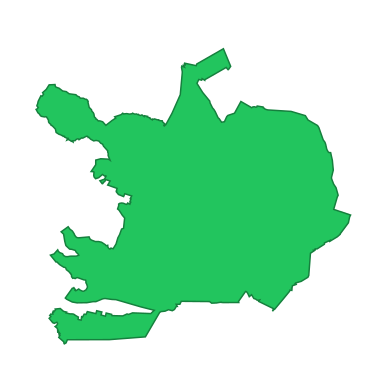 the district of Guadalupe Victoria, Puebla, Mexico, rotated 174°
{"feature_id": "50627088B92616914414309", "entity_name": "Guadalupe Victoria", "entity_type": "district", "adm_level": 2, "iso_a3": "MEX", "parent_name": "Mexico", "parent_adm1": "Puebla", "projection": "mercator", "projection_center": [-97.339, 19.307], "detail": "fine", "context": "isolated", "style": "filled", "palette": "green", "viewbox_px": 384, "rotation_deg": 174, "n_neighbors": 0, "source": "geoboundaries", "source_scale": "gbopen_adm2", "svg_char_len": 5991}
<svg xmlns="http://www.w3.org/2000/svg" viewBox="0 0 384 384"><g transform="rotate(174 192 192)"><path d="M339.7,61.3L335.2,56.4L335.1,54.6L334.8,54.3L333.0,55.1L331.4,58.1L289.5,53.8L253.5,52.8L236.7,75.7L235.2,76.3L231.3,76.3L227.7,77.4L224.0,76.0L221.7,77.0L219.5,79.9L218.6,79.8L219.5,82.0L215.8,81.6L214.1,84.4L186.0,81.2L184.1,79.4L179.3,79.1L174.7,79.4L174.7,79.2L172.8,78.8L157.0,77.2L157.1,78.4L149.1,87.5L148.2,87.1L147.2,85.4L146.0,81.9L143.5,83.6L141.6,79.6L139.8,78.8L138.7,77.7L137.5,77.4L136.0,77.6L137.1,76.2L123.2,67.5L124.4,65.0L122.5,67.0L122.1,66.7L112.8,75.7L105.3,83.1L104.9,84.2L103.0,83.7L102.6,85.4L103.1,86.0L102.4,86.6L101.9,88.3L98.0,89.2L98.2,89.7L99.6,89.4L98.5,90.7L92.8,91.7L85.6,95.1L84.6,96.8L80.6,118.7L76.8,120.7L77.2,121.3L76.0,121.2L76.0,121.9L75.4,121.9L75.3,122.6L73.6,122.3L65.8,126.2L65.6,127.5L58.6,129.9L61.0,128.1L52.1,132.3L49.0,134.5L49.0,134.9L39.7,145.0L37.8,150.8L36.7,152.5L52.9,159.9L48.1,171.7L47.0,173.5L48.3,181.2L50.3,185.0L51.8,190.7L51.7,192.1L49.2,199.0L49.1,208.8L50.0,216.7L51.6,216.9L52.4,217.7L53.5,220.4L54.1,225.6L54.6,227.6L56.1,230.2L59.1,242.8L60.2,245.0L69.1,251.5L71.3,256.1L85.0,261.8L108.1,265.7L110.6,266.7L111.3,267.7L112.3,268.2L112.4,269.1L118.2,270.7L118.7,269.8L119.8,269.7L120.7,270.2L122.5,270.3L123.8,269.6L133.9,276.9L141.5,265.9L148.3,264.4L149.6,263.3L152.4,258.5L155.3,258.3L157.2,261.9L158.3,263.1L160.5,269.5L161.6,271.8L162.8,273.5L164.7,278.6L164.9,280.6L171.0,289.9L175.7,299.5L173.5,303.2L170.7,302.2L170.1,303.7L167.6,301.7L167.4,302.4L145.0,312.3L143.4,309.9L143.0,309.9L140.4,312.9L145.8,331.2L173.9,318.8L174.6,317.2L185.9,320.9L186.1,320.4L185.3,319.5L185.5,319.0L187.3,319.0L186.5,317.0L189.0,318.3L189.4,317.0L189.1,312.5L189.3,311.2L193.5,290.0L203.7,272.3L211.0,261.7L212.7,260.6L213.1,261.2L211.9,262.5L213.9,264.7L214.1,265.9L216.4,266.3L217.6,266.8L217.6,267.3L218.9,267.4L221.6,268.6L222.5,268.3L223.4,268.7L223.9,267.9L226.2,269.6L226.0,270.0L228.7,271.4L228.4,271.9L231.3,272.8L231.7,272.0L233.7,273.9L235.3,273.5L236.7,274.1L237.1,274.8L237.9,274.7L239.0,275.4L240.8,275.4L242.9,276.6L243.5,276.1L246.1,276.0L248.7,276.8L252.0,276.8L252.6,277.6L254.5,276.3L261.0,274.9L260.1,273.5L264.0,271.5L270.7,267.3L273.5,271.2L276.3,272.4L277.8,272.5L279.1,274.2L279.8,274.4L279.9,275.3L281.2,276.9L281.4,279.8L281.9,281.2L283.1,282.8L283.4,284.4L285.4,286.9L286.1,292.5L285.8,292.9L286.4,294.3L287.4,295.3L288.2,295.3L290.2,296.6L293.3,297.0L294.4,298.6L295.9,299.2L297.3,300.9L303.9,302.5L306.6,305.0L310.1,306.0L313.3,309.1L316.3,310.5L316.9,311.5L317.0,313.2L322.9,313.5L326.2,309.3L330.2,306.4L329.4,304.8L331.1,302.9L332.2,303.5L335.5,298.3L336.4,295.6L337.2,294.3L337.2,293.7L336.1,292.1L337.8,290.5L338.4,290.4L336.9,286.8L335.7,285.6L334.8,283.8L333.9,283.0L331.0,282.1L329.3,282.1L328.7,281.6L327.3,278.6L327.3,276.6L326.7,275.4L325.3,273.9L325.2,273.1L324.0,272.4L321.3,268.9L320.9,265.4L318.0,263.1L317.1,262.9L315.6,261.8L314.7,261.6L314.4,260.8L313.0,260.7L312.9,259.9L310.3,258.3L309.6,258.4L309.2,257.3L309.7,257.6L310.6,257.4L311.0,256.7L309.6,257.2L307.2,255.6L306.8,255.0L306.2,255.1L305.1,254.2L305.2,255.4L302.9,255.3L301.8,256.3L300.4,256.8L299.3,256.6L298.9,255.8L296.2,257.3L295.0,257.0L291.4,258.4L290.4,258.4L289.8,258.0L289.6,257.0L288.7,257.0L287.4,255.2L285.0,253.5L284.4,253.1L282.0,253.3L279.4,252.5L277.6,250.0L275.9,248.9L275.2,246.8L271.5,241.7L271.7,240.7L271.3,239.1L271.6,237.0L270.2,232.2L271.4,233.2L272.9,233.6L279.3,234.6L284.4,233.8L284.9,229.2L290.2,222.9L287.7,222.4L287.4,222.0L288.0,218.8L287.8,217.2L286.5,215.3L283.3,216.0L279.2,218.8L276.7,216.6L276.2,217.1L275.8,216.8L277.7,213.9L282.4,212.8L280.5,209.7L280.0,209.6L278.5,211.2L277.7,211.5L276.4,213.3L272.3,211.5L275.1,207.7L266.1,203.4L267.2,200.9L266.8,200.7L267.2,200.0L265.4,197.2L260.5,194.6L259.0,197.3L252.4,194.4L254.1,191.8L253.4,191.4L254.8,188.7L254.0,188.3L255.1,186.3L256.1,187.2L256.7,187.0L257.1,187.7L258.2,186.6L258.7,186.5L261.2,187.9L263.0,188.4L265.0,188.3L266.2,187.7L266.4,185.9L267.8,182.9L266.5,181.6L263.7,176.1L261.7,173.2L263.9,163.0L265.9,162.5L268.4,157.3L270.5,154.2L273.0,148.2L276.4,143.8L278.5,144.7L279.6,143.8L280.2,144.1L281.4,145.7L281.4,147.8L283.0,147.5L283.9,148.8L287.2,151.5L290.1,152.5L293.3,152.8L297.2,154.8L298.5,156.2L299.0,158.1L309.9,158.3L311.6,158.9L313.3,161.4L313.3,162.1L314.5,164.7L315.2,165.9L317.3,167.8L318.8,170.4L326.3,166.1L324.1,163.5L323.7,156.4L323.1,152.3L322.7,151.5L319.7,148.0L317.4,147.5L314.2,146.1L313.4,144.1L311.8,142.3L311.2,141.0L313.7,140.3L319.9,140.9L322.3,140.7L324.6,141.0L326.4,142.3L327.2,144.2L329.8,145.5L331.1,146.9L331.6,148.5L335.7,144.8L339.4,144.0L334.6,136.6L333.7,136.6L331.3,133.7L329.6,132.3L327.4,130.6L326.0,130.2L325.4,129.4L325.1,127.9L322.8,125.7L321.7,124.0L321.3,123.9L321.2,123.1L320.6,122.6L320.6,120.3L319.6,118.6L318.5,118.8L317.3,118.1L315.8,118.8L314.7,118.8L308.7,115.9L307.0,115.5L306.8,113.9L307.0,112.9L306.3,111.1L305.9,108.8L306.1,107.9L307.6,105.8L310.0,104.7L311.0,104.7L313.2,105.9L314.8,107.4L317.9,105.9L318.7,106.5L318.3,107.2L319.5,109.2L320.2,108.7L321.1,108.8L329.1,99.8L327.9,98.5L322.6,95.1L318.0,93.8L308.0,92.9L301.9,93.3L299.0,93.0L291.9,95.1L289.7,95.2L282.8,93.5L278.9,92.9L254.9,83.1L241.9,78.3L245.7,75.4L263.8,78.0L267.8,76.9L269.4,77.5L273.8,76.0L284.5,77.4L284.7,78.7L290.0,80.6L291.1,77.5L295.3,79.2L294.2,82.1L299.2,83.9L300.3,81.1L308.6,84.0L310.2,81.3L312.0,81.8L314.0,79.0L314.8,79.5L315.7,76.1L318.6,77.2L318.1,79.5L321.6,82.0L321.6,82.3L323.2,83.2L326.0,83.5L329.9,84.9L329.3,85.7L332.2,86.7L335.2,89.9L340.3,89.9L340.1,89.0L341.8,87.5L342.4,88.1L342.7,87.8L342.4,86.8L343.2,86.6L343.1,85.1L345.2,85.3L345.2,85.0L346.4,84.2L345.4,82.8L347.3,81.3L344.2,76.6L342.7,75.8L340.0,76.6L339.4,75.4L339.9,74.2L341.1,73.1L342.2,72.5L340.4,70.7L339.6,68.1L340.1,68.3L340.2,66.6L338.7,66.1L338.6,65.9L339.1,66.1L339.2,65.2L338.8,65.1L339.0,64.4L337.8,64.1L338.9,64.0L339.0,63.4L338.4,63.1L339.7,61.3Z" fill="#22c55e" stroke="#15803d" stroke-width="1.5"/></g></svg>